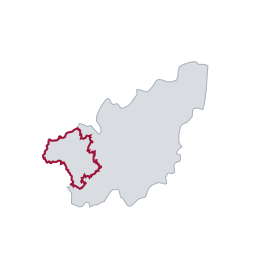 location of Luxembourg within Belgium, rotated 120°
{"feature_id": "BEL-3477", "entity_name": "Luxembourg", "entity_type": "Province", "adm_level": 1, "iso_a3": "BEL", "parent_name": "Belgium", "parent_adm1": "", "projection": "natural_earth1", "projection_center": [5.558, 49.963], "detail": "fine", "context": "in_parent", "style": "outline", "palette": "rose", "viewbox_px": 256, "rotation_deg": 120, "n_neighbors": 0, "source": "natural_earth", "source_scale": "10m", "svg_char_len": 4989}
<svg xmlns="http://www.w3.org/2000/svg" viewBox="0 0 256 256"><g transform="rotate(120 128 128)"><path d="M117.3,71.9L121.2,73.5L124.5,73.8L126.0,73.1L125.1,69.4L127.8,67.4L130.9,66.4L132.3,68.1L135.0,69.7L137.2,69.7L143.2,65.4L144.6,66.3L145.9,67.8L146.1,69.0L146.4,70.3L147.7,70.9L152.4,70.6L154.7,68.3L156.6,66.8L158.0,67.8L158.7,70.7L160.0,74.4L165.5,78.7L170.3,79.9L176.1,79.0L178.4,78.3L179.9,78.9L181.5,81.1L184.8,83.7L191.8,85.5L194.0,86.5L195.5,88.2L195.0,90.7L191.7,96.8L191.3,98.6L191.7,99.2L191.1,100.3L186.7,104.4L186.3,105.9L187.8,108.2L189.0,110.2L191.6,111.2L194.0,111.5L198.7,111.6L203.7,111.7L204.3,112.9L209.8,116.2L211.6,118.8L215.6,121.4L212.3,124.6L212.8,126.0L214.0,127.5L218.5,128.3L220.7,130.5L220.9,133.7L221.9,139.0L212.6,144.2L210.0,150.1L209.8,151.2L209.5,151.0L208.4,149.1L206.7,149.1L202.9,148.3L197.5,153.6L195.1,158.0L193.6,161.3L191.5,163.9L191.0,166.6L191.3,167.8L190.6,169.3L190.5,170.9L193.7,174.0L194.4,175.7L198.2,181.2L197.0,183.2L196.1,185.4L195.0,186.9L193.8,187.9L189.8,187.8L184.9,188.5L181.6,189.6L179.8,189.6L176.2,186.9L172.2,182.7L169.7,180.8L168.6,179.1L165.4,178.4L160.9,176.3L157.8,174.1L155.2,172.8L151.4,172.1L148.3,172.2L147.4,168.4L147.1,164.2L144.5,161.4L148.0,150.3L146.0,149.2L143.7,150.1L140.5,152.7L138.9,155.9L138.0,158.7L132.5,161.3L123.8,162.3L114.3,161.3L113.0,160.6L112.4,159.8L112.4,158.8L113.1,157.3L114.7,155.5L115.2,152.9L113.5,150.7L112.4,149.8L112.8,147.6L114.1,144.9L114.4,143.3L108.0,138.6L103.4,137.7L98.9,137.6L95.4,137.0L93.5,137.2L92.0,138.6L90.6,139.6L89.5,138.4L87.6,130.1L86.0,128.8L80.2,127.5L72.4,127.0L70.3,125.4L69.2,121.7L68.5,117.2L65.9,112.9L64.6,111.8L62.3,109.9L58.2,110.7L53.2,113.2L50.3,113.9L49.2,114.1L45.2,111.7L40.9,107.9L37.4,103.9L36.6,101.6L37.7,98.9L36.4,96.8L34.6,93.0L34.1,90.0L55.5,79.5L68.5,74.1L74.6,72.5L76.0,77.9L77.1,79.6L78.5,80.7L80.5,80.9L82.7,79.6L85.8,78.2L90.7,78.9L94.3,80.2L95.6,81.5L98.0,82.8L101.4,83.1L108.2,80.6L114.7,76.9L116.6,74.3L117.3,71.9Z" fill="#d9dde1" stroke="#a8b0b8" stroke-width="1"/><path d="M164.3,178.8L163.2,178.5L162.3,178.0L161.5,177.4L159.4,174.8L158.9,174.4L157.1,174.0L156.1,173.5L154.3,172.0L153.4,171.6L153.4,171.2L153.7,170.1L154.3,169.9L153.9,168.7L154.1,168.2L157.8,166.0L157.0,165.3L158.2,164.3L160.7,163.5L159.6,162.6L159.8,161.2L158.4,160.6L157.9,159.8L155.9,160.1L155.3,159.9L154.7,157.9L153.5,156.9L154.4,156.9L154.8,155.9L155.2,156.3L155.7,156.2L157.3,154.8L157.8,153.8L157.4,153.4L158.1,151.0L158.4,152.7L159.5,153.0L164.1,152.8L165.1,152.6L166.5,151.8L167.8,151.9L168.0,151.3L166.8,150.3L168.2,149.9L168.6,148.8L166.9,147.1L167.0,146.5L166.4,146.5L166.9,145.9L165.0,145.0L165.9,144.5L167.3,144.6L167.2,143.8L168.3,143.2L168.9,143.2L169.4,143.7L172.9,141.9L174.2,140.7L174.3,139.8L173.7,138.8L172.6,138.8L172.0,139.6L171.6,139.2L174.3,137.6L173.6,136.9L174.6,135.7L174.2,134.9L175.8,133.7L174.8,132.2L175.1,131.8L175.8,131.8L177.9,133.1L179.9,132.1L180.3,133.3L181.2,133.4L181.0,134.0L181.3,134.2L182.1,134.3L183.8,133.7L186.4,135.7L188.1,135.6L187.8,136.4L190.3,136.4L189.5,137.9L189.5,138.6L190.3,139.7L191.6,140.0L190.3,142.3L193.3,141.9L194.1,142.1L194.4,142.7L194.7,142.1L197.8,141.8L198.2,141.1L196.4,140.9L197.5,138.8L196.6,138.1L197.1,137.0L203.0,138.0L203.1,138.6L204.7,139.2L204.4,145.1L204.6,145.8L205.7,146.0L205.0,146.6L205.2,147.3L205.3,147.4L205.2,149.3L204.7,149.2L204.4,148.7L204.3,148.1L204.0,147.8L203.2,148.3L202.2,148.4L201.7,149.0L201.5,149.9L201.2,150.8L200.4,151.4L198.6,152.1L197.8,152.7L197.6,153.1L197.5,154.2L197.4,154.6L197.1,154.9L196.4,155.5L196.1,155.8L196.1,156.6L196.1,157.2L196.0,157.7L195.7,158.0L194.7,158.3L194.4,158.7L194.3,159.5L194.7,159.9L194.8,160.2L194.3,161.1L193.9,161.4L193.2,161.6L192.8,161.7L192.4,162.2L192.3,162.5L192.1,162.8L191.9,163.2L190.2,165.7L190.0,166.3L190.6,166.5L191.7,167.2L192.2,167.7L190.9,167.6L190.9,168.0L190.7,168.3L190.6,168.6L191.1,168.9L190.5,169.2L190.3,169.8L190.4,170.6L190.7,171.4L191.2,172.1L191.7,172.3L192.2,172.4L192.9,172.7L193.2,173.1L194.3,175.0L194.4,175.3L194.5,176.2L194.5,176.3L194.8,176.5L195.5,176.7L195.8,176.8L196.1,176.9L196.4,176.8L196.7,176.8L197.0,177.2L197.0,177.3L197.1,177.7L196.9,177.9L196.7,178.2L196.6,178.5L196.6,178.9L196.4,179.1L196.3,179.3L196.5,179.8L196.8,180.0L197.8,180.1L198.2,180.4L198.5,181.3L198.2,181.8L197.7,182.2L197.3,182.6L196.7,184.0L196.3,184.6L195.7,185.1L196.6,185.5L196.1,186.4L195.0,187.5L193.8,187.9L193.2,187.8L192.1,187.2L191.6,187.2L191.1,187.4L190.4,188.1L189.8,188.3L188.8,188.2L187.7,187.7L186.6,187.5L185.4,188.1L184.8,188.7L184.7,189.2L184.5,189.4L183.8,189.5L183.4,189.4L181.8,188.8L180.9,189.2L179.6,190.0L178.4,190.6L177.3,190.4L177.0,189.8L177.0,189.2L177.2,188.6L177.2,188.0L177.0,187.4L174.6,183.8L174.1,183.4L173.7,183.2L172.2,182.7L171.6,182.4L171.3,182.4L171.1,182.5L170.9,182.9L170.7,183.2L170.3,183.3L169.5,183.2L169.3,182.9L169.1,182.3L169.3,181.4L169.7,181.2L169.9,181.0L169.6,180.1L168.6,179.1L167.6,178.2L166.5,178.3L164.3,178.8Z" fill="none" stroke="#9f1239" stroke-width="2"/></g></svg>